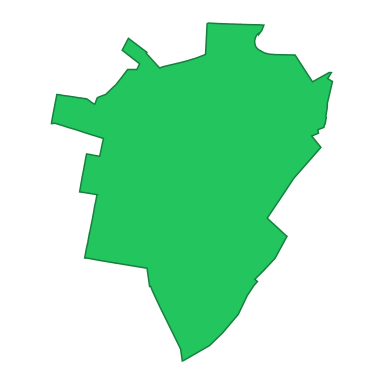 the district of Oinacu, Giurgiu, Romania
{"feature_id": "2599482B44052699219659", "entity_name": "Oinacu", "entity_type": "district", "adm_level": 2, "iso_a3": "ROU", "parent_name": "Romania", "parent_adm1": "Giurgiu", "projection": "equal_earth", "projection_center": [26.022, 43.945], "detail": "fine", "context": "isolated", "style": "filled", "palette": "green", "viewbox_px": 384, "rotation_deg": 0, "n_neighbors": 0, "source": "geoboundaries", "source_scale": "gbopen_adm2", "svg_char_len": 3978}
<svg xmlns="http://www.w3.org/2000/svg" viewBox="0 0 384 384"><path d="M263.9,25.1L258.7,24.8L257.5,24.8L254.5,24.7L252.2,24.7L249.7,24.6L248.1,24.6L245.5,24.5L243.7,24.5L240.7,24.3L238.9,24.3L236.1,24.2L234.2,24.1L231.5,24.0L229.8,24.0L227.5,23.9L225.7,23.8L223.9,23.8L222.3,23.7L221.0,23.7L219.4,23.6L218.3,23.6L217.2,23.5L216.4,23.5L215.7,23.4L214.8,23.4L214.0,23.4L213.4,23.3L212.8,23.2L212.3,23.2L211.6,23.2L210.7,23.2L210.0,23.1L209.4,23.1L208.9,23.0L208.7,23.0L208.4,23.1L208.2,23.2L207.9,23.3L207.5,23.4L207.3,23.5L207.3,23.4L207.3,23.2L207.1,23.8L205.9,47.4L205.5,54.5L195.2,58.4L191.1,59.6L187.0,60.9L180.0,62.7L173.2,64.3L166.8,65.8L163.1,66.7L161.4,67.3L159.6,68.0L146.2,53.3L146.5,52.8L146.9,52.3L141.7,48.4L128.4,38.3L122.3,50.0L122.2,50.2L126.5,53.6L134.6,59.9L139.6,63.8L137.8,67.6L137.2,68.9L136.9,69.4L136.9,69.5L136.6,69.5L134.4,69.5L131.3,69.5L129.6,69.5L127.6,69.5L127.3,69.9L126.7,70.7L125.9,71.7L125.3,72.5L124.9,73.1L124.0,74.3L122.9,75.7L121.6,77.5L120.4,79.0L119.3,80.4L118.2,81.8L116.9,83.4L116.4,84.1L116.1,84.5L115.6,85.0L114.3,86.2L113.2,87.2L111.1,89.2L110.2,90.1L109.2,91.0L108.9,91.4L107.8,92.4L107.0,93.2L106.2,94.1L105.8,94.3L105.0,94.7L103.3,95.3L101.2,96.1L99.2,96.9L98.1,97.3L97.7,97.5L97.4,97.8L97.1,98.1L96.9,98.6L96.3,100.2L95.9,101.3L95.2,103.3L94.9,103.8L94.8,104.0L94.7,104.1L94.1,103.9L93.3,103.5L92.0,102.7L91.1,102.1L90.2,101.3L89.5,100.8L88.3,99.9L87.7,99.5L87.3,99.3L87.0,99.2L86.8,98.9L86.5,98.8L85.5,98.6L84.8,98.6L84.3,98.5L82.3,98.2L81.1,98.0L80.3,97.9L78.8,97.8L76.7,97.4L75.2,97.2L74.3,97.0L72.9,96.8L71.8,96.7L70.7,96.5L69.1,96.2L68.2,96.1L67.3,96.0L66.6,95.9L64.9,95.7L63.6,95.5L62.3,95.3L61.5,95.2L60.7,95.0L59.1,94.7L58.2,94.6L57.1,94.5L56.8,94.5L56.7,94.9L56.4,97.0L55.1,103.5L52.5,117.2L51.6,122.2L51.5,123.1L51.5,123.7L51.9,123.6L52.5,123.6L53.7,123.3L54.5,123.3L55.1,123.3L61.9,125.4L68.7,127.6L72.9,128.8L75.9,129.7L83.8,132.3L85.9,133.0L89.3,134.1L89.5,134.1L89.9,134.3L90.9,134.6L93.6,135.4L95.9,136.1L99.1,137.1L101.8,138.0L103.5,138.4L103.2,139.6L102.8,141.6L102.5,142.7L102.1,144.7L101.8,146.0L101.2,149.1L99.7,156.3L92.9,155.1L90.1,154.5L88.8,154.3L88.6,154.3L86.6,153.9L86.3,155.2L86.2,155.5L86.0,156.6L85.8,157.9L85.3,160.3L85.1,162.0L84.5,164.7L84.3,165.8L84.1,167.1L83.7,169.4L83.2,171.8L82.8,174.0L82.5,175.4L82.2,176.8L81.8,179.4L81.4,181.6L81.2,182.6L80.9,184.5L80.4,187.4L80.1,188.9L79.6,191.9L82.6,192.3L85.7,192.8L91.3,193.7L97.3,194.7L97.0,195.2L96.9,195.4L96.7,196.2L96.6,196.4L96.5,197.1L96.4,197.8L95.9,200.3L95.7,201.4L95.3,203.4L94.8,205.5L94.5,207.2L94.5,207.3L94.4,207.9L93.5,213.0L92.7,217.4L91.8,222.0L90.8,226.8L89.8,232.2L89.6,233.4L89.4,233.3L88.3,239.5L87.8,242.5L87.4,244.8L87.3,245.0L87.2,244.9L86.5,248.2L86.0,250.5L85.5,253.5L84.7,257.9L85.0,257.9L85.5,258.1L85.6,257.9L89.4,258.5L91.1,258.8L93.1,259.2L101.2,260.7L104.5,261.2L108.5,261.9L112.8,262.6L114.9,263.0L116.1,263.3L116.1,263.1L120.7,263.9L135.8,266.4L142.0,267.4L147.1,268.3L147.6,272.4L148.3,277.2L148.8,281.1L148.9,281.5L149.6,286.5L150.7,286.4L151.5,288.6L152.5,291.1L152.6,291.3L159.6,306.3L161.3,309.8L180.6,349.0L182.3,361.0L183.8,360.4L209.6,345.5L222.6,332.9L238.3,314.3L247.3,295.5L250.1,291.3L253.7,285.8L257.5,281.5L254.8,279.3L258.7,275.4L262.9,271.3L275.0,258.4L287.0,236.3L286.8,236.2L286.6,236.1L282.7,232.5L267.2,218.2L274.8,206.8L282.5,195.4L293.7,178.4L307.3,162.9L320.9,147.4L311.7,136.0L313.7,135.2L318.5,133.2L317.8,129.7L320.8,128.6L323.9,127.4L324.3,125.2L325.1,124.1L326.3,117.4L325.8,116.1L326.0,115.3L326.1,114.5L327.1,108.7L327.3,105.9L327.4,103.0L329.6,93.8L332.5,81.5L327.7,78.6L331.4,72.6L329.2,72.5L312.5,81.8L307.7,74.5L295.1,55.0L275.0,54.6L269.0,54.1L264.1,52.8L260.5,50.7L259.2,50.0L258.7,49.8L257.8,49.0L257.0,48.2L256.2,47.2L255.7,46.4L255.3,45.3L255.0,44.2L254.8,43.0L254.7,41.7L254.7,40.7L254.8,40.0L255.1,39.0L255.4,37.8L255.9,36.7L256.3,35.7L256.6,35.3L257.2,34.6L257.8,34.1L258.7,33.4L258.7,34.5L261.7,30.7L263.9,25.1Z" fill="#22c55e" stroke="#15803d" stroke-width="1.5"/></svg>